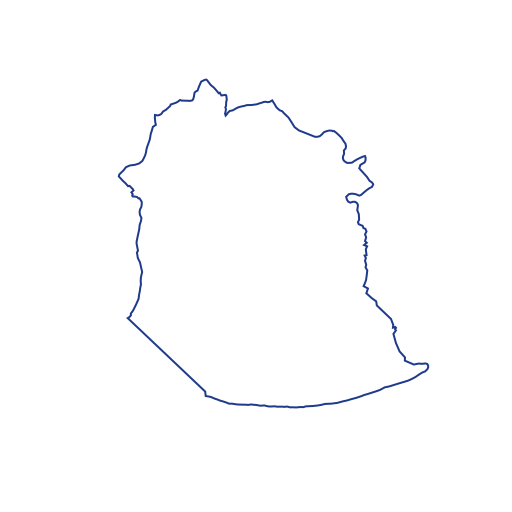 the district of Yutanduchi de Guerrero, Oaxaca, Mexico, rotated 153°
{"feature_id": "50627088B821547754405", "entity_name": "Yutanduchi de Guerrero", "entity_type": "district", "adm_level": 2, "iso_a3": "MEX", "parent_name": "Mexico", "parent_adm1": "Oaxaca", "projection": "mercator", "projection_center": [-97.304, 17.076], "detail": "fine", "context": "isolated", "style": "outline", "palette": "blue", "viewbox_px": 512, "rotation_deg": 153, "n_neighbors": 0, "source": "geoboundaries", "source_scale": "gbopen_adm2", "svg_char_len": 4098}
<svg xmlns="http://www.w3.org/2000/svg" viewBox="0 0 512 512"><g transform="rotate(153 256 256)"><path d="M398.5,258.9L362.8,158.3L364.4,154.1L360.4,151.1L357.2,147.3L356.8,146.9L355.4,145.5L353.6,143.4L351.6,141.6L348.5,138.4L347.1,136.7L344.5,135.4L342.5,133.9L340.2,132.3L337.4,130.7L332.0,127.8L330.7,126.9L327.9,126.0L322.9,122.8L321.3,121.5L319.5,120.3L316.6,119.2L313.2,116.3L311.0,115.1L307.6,113.6L305.7,112.2L302.7,110.7L300.9,109.8L299.4,108.8L296.6,107.7L294.1,105.5L292.8,105.0L288.9,102.8L285.5,101.5L282.3,99.8L279.8,99.4L273.4,96.5L268.3,94.6L265.7,93.8L261.5,92.8L256.1,90.3L249.9,88.1L247.7,87.7L244.4,87.0L240.7,86.0L236.7,85.3L232.5,84.4L229.9,83.9L225.8,83.3L222.4,83.0L219.6,82.4L214.6,81.6L211.0,81.0L206.6,80.4L200.7,80.5L196.5,79.3L185.9,77.5L181.7,76.7L177.2,75.9L172.6,75.7L168.8,75.8L164.3,76.4L160.7,76.7L157.5,76.4L154.4,77.5L153.1,78.6L152.4,80.3L152.4,82.0L153.7,83.3L156.9,84.5L160.1,86.4L164.6,87.6L170.9,95.2L169.3,98.0L171.4,105.8L170.8,115.1L168.9,124.2L165.1,126.2L165.3,127.8L163.9,128.4L164.2,129.6L166.5,130.0L165.0,132.3L164.3,138.6L170.8,157.1L169.5,161.0L172.1,166.2L174.6,172.7L171.0,176.2L173.8,180.3L171.1,182.5L168.8,184.7L166.2,188.4L163.4,192.6L163.5,196.3L161.8,198.1L161.0,202.3L159.0,204.3L159.0,207.1L157.1,206.6L155.1,212.2L152.6,214.2L154.7,216.7L151.3,217.5L152.1,219.8L149.4,222.6L149.0,225.8L146.4,227.7L146.2,230.6L147.6,232.1L147.3,234.5L148.9,236.3L150.0,237.7L149.9,239.7L147.6,241.6L145.4,246.6L145.0,250.9L142.8,253.9L141.9,255.6L142.1,257.6L143.2,259.4L145.3,260.4L147.7,260.7L149.1,262.4L149.4,264.8L148.8,267.8L145.1,268.9L142.4,268.1L140.2,266.7L138.6,265.3L136.7,263.0L134.8,262.7L130.8,263.7L127.2,264.5L124.2,264.9L121.4,264.9L119.2,266.4L119.0,267.4L119.3,269.0L120.7,271.4L121.2,276.0L122.3,280.1L124.2,287.2L121.6,289.8L116.7,290.1L115.0,291.5L113.7,293.8L113.5,295.6L115.6,296.0L119.6,296.2L122.1,296.2L125.2,296.0L127.9,295.6L129.8,296.2L130.9,296.8L132.6,297.6L134.1,300.1L134.5,301.8L134.1,304.0L132.6,305.9L131.2,306.9L129.8,310.1L127.2,311.2L126.0,312.9L125.3,315.4L125.8,318.7L126.1,322.2L127.1,325.5L128.4,329.1L129.8,332.0L130.3,332.1L130.9,332.3L131.6,333.3L134.2,334.7L136.8,335.2L139.1,335.5L142.2,334.4L144.8,333.8L147.0,334.3L149.3,335.4L158.8,346.2L160.7,348.3L162.4,351.8L163.1,353.2L163.7,360.0L164.2,364.6L165.1,367.2L166.5,371.2L166.8,372.9L168.8,375.2L170.3,379.1L170.5,382.8L170.9,387.3L173.6,387.1L175.7,387.7L177.4,389.1L179.3,389.7L181.4,390.0L184.0,390.5L186.4,390.8L189.6,391.9L192.0,392.8L195.3,394.5L198.5,395.1L200.9,395.8L203.6,396.4L206.3,396.6L208.5,396.4L211.0,396.4L213.6,397.2L216.3,396.3L217.6,395.5L219.3,394.9L219.0,396.8L217.6,398.4L216.1,400.5L215.8,402.4L214.6,403.3L212.5,407.0L211.2,408.3L210.8,409.3L209.7,412.2L209.9,413.3L214.0,414.8L214.1,416.4L214.1,417.9L215.3,417.9L216.7,423.8L217.1,425.2L218.7,428.9L219.8,434.9L220.2,435.7L221.5,436.2L223.1,436.2L224.3,436.3L225.8,436.2L229.8,432.9L233.0,429.9L235.5,429.9L236.9,429.1L238.8,426.4L240.6,424.4L242.1,423.6L244.2,424.1L246.5,425.4L249.4,427.0L251.8,428.3L252.8,429.5L255.4,429.0L257.8,428.9L263.2,429.7L264.3,428.7L267.0,427.9L270.0,427.1L273.0,427.0L276.1,425.5L277.9,425.5L279.6,425.8L282.0,427.5L283.6,424.6L284.9,421.2L285.7,418.3L289.2,417.9L292.5,414.4L294.5,412.4L296.1,410.2L297.5,408.3L300.5,405.4L303.2,402.9L305.3,400.6L307.2,398.0L309.2,395.9L311.8,393.9L314.1,392.3L318.0,391.5L322.4,392.2L327.2,393.9L331.5,394.2L334.8,392.6L336.6,392.0L339.1,391.3L340.9,390.6L342.1,389.2L340.6,383.8L339.2,379.9L338.3,376.3L336.8,375.9L335.4,371.4L335.4,370.0L338.1,369.3L337.8,367.0L338.9,366.0L338.8,365.0L337.0,364.0L335.3,362.7L334.5,360.6L333.6,360.3L333.2,356.2L334.4,353.8L336.0,351.7L338.1,350.2L339.5,348.5L340.7,345.5L340.8,342.0L341.9,340.3L343.0,339.0L345.4,336.7L348.0,332.7L350.8,329.3L355.8,323.1L356.8,321.2L358.8,314.2L360.5,313.2L362.2,307.9L362.3,302.8L363.4,298.6L364.7,293.4L366.4,291.5L368.5,288.8L370.2,285.9L371.4,282.9L373.8,279.9L375.5,277.4L377.6,274.8L380.1,271.1L385.3,266.9L390.3,263.2L393.7,261.5L394.4,259.9L396.7,259.0L398.5,258.9Z" fill="none" stroke="#1e3a8a" stroke-width="2"/></g></svg>